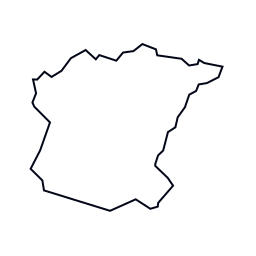 the district of Oglethorpe, Georgia, United States of America, rotated 352°
{"feature_id": "52423323B55328692258932", "entity_name": "Oglethorpe", "entity_type": "district", "adm_level": 2, "iso_a3": "USA", "parent_name": "United States of America", "parent_adm1": "Georgia", "projection": "orthographic", "projection_center": [-83.037, 33.869], "detail": "fine", "context": "isolated", "style": "outline", "palette": "ink", "viewbox_px": 256, "rotation_deg": 352, "n_neighbors": 0, "source": "geoboundaries", "source_scale": "gbopen_adm2", "svg_char_len": 734}
<svg xmlns="http://www.w3.org/2000/svg" viewBox="0 0 256 256"><g transform="rotate(352 128 128)"><path d="M164.6,191.4L160.4,182.9L149.7,169.3L150.1,167.2L154.0,159.3L159.7,155.2L167.0,137.6L175.0,133.9L178.7,124.3L187.3,115.3L193.3,103.5L200.6,100.8L204.1,94.7L212.4,94.5L224.7,90.3L230.1,80.4L212.6,74.3L207.8,70.4L205.8,74.4L197.2,74.6L190.7,66.9L167.1,60.1L166.6,54.0L153.9,46.9L144.1,52.6L133.6,52.6L125.8,59.7L109.7,51.8L105.7,55.5L96.9,44.9L81.2,50.9L70.1,62.1L59.4,66.8L53.1,60.7L44.8,67.4L40.7,66.7L41.8,80.8L36.9,89.5L38.2,93.9L51.5,111.6L50.6,113.4L37.9,137.9L25.9,154.9L35.9,168.0L36.1,178.1L98.7,207.5L125.7,199.7L138.9,211.1L146.5,210.0L147.5,206.3L164.6,191.4Z" fill="none" stroke="#020617" stroke-width="2"/></g></svg>